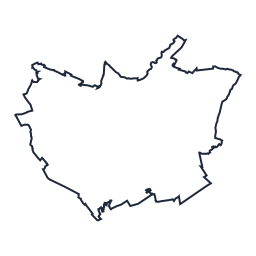 Targu Jiu, Gorj, Romania
{"feature_id": "2599482B9507292753009", "entity_name": "Targu Jiu", "entity_type": "district", "adm_level": 2, "iso_a3": "ROU", "parent_name": "Romania", "parent_adm1": "Gorj", "projection": "natural_earth1", "projection_center": [23.276, 45.047], "detail": "fine", "context": "isolated", "style": "outline", "palette": "slate", "viewbox_px": 256, "rotation_deg": 0, "n_neighbors": 0, "source": "geoboundaries", "source_scale": "gbopen_adm2", "svg_char_len": 5597}
<svg xmlns="http://www.w3.org/2000/svg" viewBox="0 0 256 256"><path d="M111.0,209.3L111.7,208.5L117.6,205.8L120.8,204.8L127.1,200.7L130.3,206.0L138.1,203.8L151.6,194.8L149.0,191.3L146.9,192.7L146.7,192.5L147.4,191.9L146.0,190.2L147.3,189.4L147.7,189.8L149.2,188.9L150.0,189.8L150.2,189.6L150.6,190.3L149.2,191.1L151.5,194.2L152.4,193.8L152.7,194.5L153.0,194.5L154.4,194.1L155.5,198.8L155.5,200.4L156.0,200.7L156.1,201.6L158.5,201.8L161.2,201.2L169.8,200.0L172.7,199.3L174.0,201.0L175.0,199.2L175.5,198.6L178.7,196.7L178.9,196.4L180.2,204.1L197.9,191.9L206.1,186.3L210.9,183.3L204.0,177.1L206.6,175.5L200.7,166.5L202.3,166.8L199.3,153.2L199.3,152.6L199.9,152.6L201.4,153.6L202.5,153.8L204.1,153.7L206.0,153.9L207.5,153.4L208.0,153.5L208.3,153.8L208.9,153.2L210.0,152.5L209.7,152.2L209.8,151.9L209.7,151.5L209.8,150.6L212.0,149.5L212.9,148.5L212.2,147.6L212.1,147.0L213.0,146.5L213.6,146.4L214.9,147.5L215.5,147.2L214.5,146.2L216.1,147.1L216.6,147.1L217.3,146.5L219.2,144.1L220.6,145.2L221.0,144.8L221.6,143.6L221.7,141.5L222.2,140.6L220.4,139.4L219.6,139.4L217.8,138.7L215.3,138.1L215.4,137.1L215.1,136.5L215.9,131.7L215.9,130.8L215.4,128.0L215.5,127.1L216.5,123.1L217.4,121.1L217.7,118.1L219.0,114.3L219.6,112.9L221.9,103.0L222.5,101.6L225.6,99.7L226.7,98.6L227.4,96.5L228.4,95.5L229.4,93.1L230.5,89.7L231.6,89.2L232.0,88.7L232.4,87.6L232.8,86.2L233.4,85.2L235.6,83.6L237.8,79.6L238.6,77.3L240.6,75.0L238.5,74.1L238.2,73.1L237.6,72.3L236.9,72.4L235.1,71.5L234.0,71.3L233.0,70.4L231.8,69.9L230.7,69.6L229.8,69.6L227.5,68.8L226.8,68.9L226.4,69.3L225.0,69.3L222.9,68.7L221.6,68.8L219.9,68.5L217.6,67.8L215.4,66.5L214.6,66.4L213.2,66.5L213.1,68.6L196.8,70.5L196.7,68.7L196.6,68.3L195.6,69.7L194.5,70.5L192.4,73.1L188.7,71.5L187.3,73.1L185.7,72.4L185.6,71.5L178.9,69.7L179.6,68.7L176.9,68.0L173.4,66.5L173.9,65.9L172.6,65.1L172.7,64.9L173.5,63.6L174.6,64.1L176.1,61.5L176.2,61.3L176.5,60.2L175.6,59.8L175.8,59.4L174.8,58.8L173.5,58.3L173.1,58.4L171.1,57.8L171.9,56.5L172.6,55.7L181.5,47.5L184.7,41.9L185.6,40.0L184.1,40.4L182.2,38.7L177.7,35.7L177.1,36.5L176.8,36.8L176.2,37.8L174.1,39.0L173.7,39.5L173.4,39.8L173.5,40.2L174.5,41.2L174.0,41.7L173.8,42.2L173.8,42.7L171.7,44.2L170.4,44.5L169.4,47.7L169.2,48.0L164.5,50.6L164.1,51.5L163.4,52.0L162.5,52.1L161.8,51.8L161.4,53.4L161.8,54.8L161.6,56.6L161.0,57.3L160.5,57.7L158.0,58.4L157.3,59.1L157.2,59.9L156.3,60.5L156.7,62.4L156.4,62.8L155.8,63.1L155.1,63.1L154.6,62.9L153.8,62.2L152.9,62.1L152.1,62.3L151.3,62.7L150.8,63.7L150.7,64.7L151.8,66.8L151.5,68.0L151.0,68.9L149.1,69.7L148.3,70.6L147.4,71.3L147.2,72.3L147.7,73.5L146.4,75.8L143.6,78.3L139.7,80.0L137.9,80.5L137.7,80.5L137.6,78.1L137.1,78.3L134.3,78.3L131.5,78.7L129.3,78.7L128.6,78.2L127.1,78.6L124.3,77.2L121.0,76.9L120.2,76.2L120.0,75.6L119.6,75.0L118.8,74.3L118.5,73.5L116.0,72.2L114.9,71.2L114.7,70.8L113.6,69.9L111.1,67.3L110.9,67.3L109.9,66.3L109.4,65.5L107.1,63.8L105.5,62.0L105.4,62.4L104.9,62.6L105.5,63.9L105.1,64.3L104.5,64.3L104.4,64.6L103.7,74.7L103.1,75.2L103.2,75.9L103.0,76.0L102.5,77.7L101.2,80.9L101.3,83.4L101.2,84.4L100.5,85.5L100.1,85.9L100.1,86.2L99.6,87.0L99.4,87.0L99.7,86.4L99.4,86.2L99.1,87.3L98.1,88.0L97.7,87.9L97.3,88.1L98.1,86.5L96.8,86.3L94.7,85.2L92.8,86.8L87.6,85.3L83.7,85.0L82.5,84.6L81.1,84.9L80.7,85.8L80.4,85.6L80.3,85.4L79.2,85.2L79.0,84.6L80.7,83.7L81.3,83.6L81.3,83.4L81.7,82.7L82.3,81.9L82.6,81.8L82.8,82.1L83.0,82.1L83.1,81.1L79.2,79.0L70.9,75.7L71.4,74.6L65.5,71.6L65.6,72.0L65.1,72.4L65.1,73.1L64.8,73.3L65.2,73.8L64.9,75.1L65.2,75.6L64.9,75.7L63.0,74.3L62.6,74.8L58.4,72.5L53.8,70.4L53.9,70.1L50.8,69.7L46.9,68.3L46.1,67.9L46.1,67.7L45.9,67.6L44.0,67.1L44.2,66.6L44.9,65.7L44.7,65.4L43.9,65.2L43.8,64.8L42.2,64.8L41.3,64.5L41.2,63.6L38.4,64.2L37.6,62.6L35.4,63.4L32.2,65.1L32.5,66.5L32.3,67.7L33.0,67.6L33.5,68.1L33.7,68.6L34.8,69.7L36.2,70.3L36.2,70.8L36.6,71.4L37.1,71.7L38.0,71.7L36.6,72.6L37.3,73.3L36.5,73.8L36.8,74.4L36.7,74.6L36.7,75.4L37.4,76.5L37.4,77.2L37.8,78.3L38.5,78.8L39.0,78.7L39.2,78.9L39.1,79.2L39.7,79.2L38.9,79.8L38.7,79.7L38.5,79.8L38.0,80.4L38.1,80.9L37.1,82.0L36.8,82.1L33.8,82.0L33.0,81.5L32.2,80.3L32.0,80.6L31.7,82.3L31.0,84.3L30.3,85.8L28.3,89.1L27.9,90.6L26.7,93.4L26.0,93.8L23.5,94.4L24.9,97.3L29.1,103.0L30.5,104.7L32.3,110.6L27.3,111.9L27.0,112.4L21.8,114.3L17.2,114.4L15.4,114.8L15.4,115.0L15.6,115.6L16.7,117.1L17.1,118.0L21.3,125.8L24.7,124.7L27.2,124.7L28.3,124.9L28.9,125.6L30.9,129.6L31.0,130.0L30.3,131.9L30.6,132.7L30.8,132.9L31.1,134.0L31.0,136.3L31.1,136.7L31.6,137.1L31.6,139.2L30.9,141.1L30.8,142.6L30.4,143.8L30.3,144.7L30.5,145.0L31.2,145.6L31.8,145.8L32.3,146.8L32.2,147.7L32.5,148.3L32.8,148.5L32.4,149.7L32.8,150.4L33.3,152.1L37.7,157.6L40.2,160.3L42.1,157.9L46.4,162.8L46.2,162.9L47.7,164.8L47.0,165.4L46.6,165.4L46.5,165.7L45.4,166.2L44.5,168.6L43.7,169.2L43.0,169.3L47.5,177.6L48.1,178.3L49.5,179.4L65.5,187.1L78.8,194.1L78.4,197.4L81.0,199.0L80.8,199.4L81.8,201.3L82.1,201.6L83.1,203.2L84.3,204.4L84.8,204.8L85.5,204.0L86.3,205.4L92.7,213.8L91.9,214.7L97.1,220.0L97.5,220.3L98.1,220.3L100.9,219.0L99.9,218.2L98.6,216.4L99.9,214.6L99.7,214.2L100.2,213.9L98.6,210.7L98.7,210.4L98.4,209.8L98.5,209.0L99.3,208.9L100.7,207.4L101.2,207.3L102.1,209.6L102.1,209.8L101.7,210.0L102.4,211.7L103.4,211.4L102.8,209.7L103.0,209.7L103.2,209.9L103.7,209.5L103.5,207.7L104.1,207.3L103.8,205.1L104.2,204.6L104.3,203.8L104.8,203.7L104.8,202.9L105.6,202.9L105.5,204.8L106.5,205.3L106.5,204.7L107.2,202.9L107.6,202.5L109.7,201.6L110.0,200.8L110.3,201.0L111.1,200.4L111.3,200.5L109.3,204.4L109.1,205.4L109.4,206.1L109.2,206.6L110.2,208.4L110.8,209.2L111.0,209.3Z" fill="none" stroke="#1e293b" stroke-width="2"/></svg>